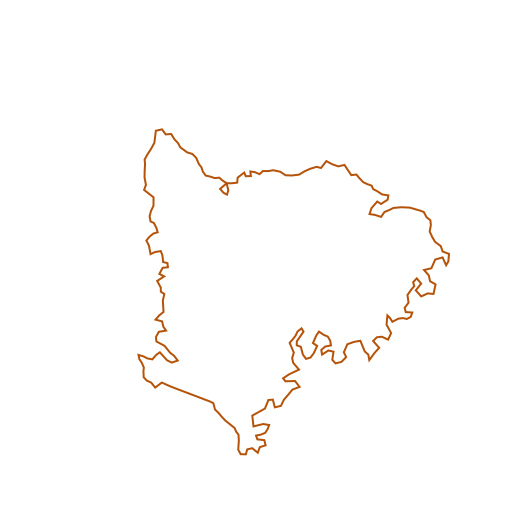 the district of Salto do Lontra, Paraná, Brazil, rotated 234°
{"feature_id": "56859067B29109491242959", "entity_name": "Salto do Lontra", "entity_type": "district", "adm_level": 2, "iso_a3": "BRA", "parent_name": "Brazil", "parent_adm1": "Paraná", "projection": "natural_earth1", "projection_center": [-53.296, -25.774], "detail": "fine", "context": "isolated", "style": "outline", "palette": "amber", "viewbox_px": 512, "rotation_deg": 234, "n_neighbors": 0, "source": "geoboundaries", "source_scale": "gbopen_adm2", "svg_char_len": 3445}
<svg xmlns="http://www.w3.org/2000/svg" viewBox="0 0 512 512"><g transform="rotate(234 256 256)"><path d="M208.8,97.1L209.0,105.4L201.6,109.6L196.9,112.6L165.4,133.2L162.0,135.0L155.9,132.6L150.8,133.5L145.9,133.8L140.7,134.5L129.4,137.6L125.7,136.7L121.7,136.8L116.6,133.5L109.8,127.8L104.7,127.1L101.5,131.2L104.7,135.2L102.7,140.0L95.8,141.8L99.1,146.7L97.2,152.5L102.1,154.5L106.9,149.3L110.7,150.5L108.7,154.7L107.5,159.5L109.1,163.6L111.5,167.3L115.9,163.0L119.6,153.8L129.1,159.2L127.3,173.5L132.2,181.4L129.9,185.2L122.5,182.3L120.1,188.1L123.3,194.0L124.7,200.0L126.5,206.9L124.5,214.3L131.9,214.1L137.3,206.2L141.1,206.0L140.8,213.5L138.8,224.0L147.7,223.3L152.1,225.2L155.6,229.8L166.0,232.2L166.9,236.5L168.3,241.2L170.5,245.3L170.7,250.3L166.9,250.0L163.0,238.9L159.8,236.5L156.2,238.9L148.7,236.0L143.4,236.0L141.8,240.3L143.4,245.6L147.3,252.6L152.1,250.9L156.4,258.4L157.8,262.5L152.3,264.5L148.7,266.7L143.9,266.3L139.6,264.1L142.1,258.6L141.6,253.6L137.4,251.5L137.0,259.0L133.0,262.5L127.2,256.7L122.4,257.2L120.1,262.9L121.2,269.5L126.5,270.5L130.9,278.1L128.9,284.8L126.1,290.6L114.9,287.9L110.2,288.9L105.2,286.5L107.9,294.9L109.3,301.7L118.4,300.8L119.2,306.0L116.7,310.4L110.7,313.7L114.2,320.0L123.8,321.3L130.7,327.4L127.1,327.9L122.6,327.7L121.6,334.4L119.4,338.4L116.4,341.0L115.8,345.4L118.4,349.2L122.6,344.2L126.7,345.8L128.6,352.0L135.4,355.6L137.6,362.0L138.6,366.3L142.4,367.7L143.4,372.9L136.6,373.4L134.3,365.1L126.2,365.9L124.8,372.9L121.0,377.3L127.5,384.6L133.3,382.0L138.8,384.4L145.9,383.7L143.0,390.7L147.8,398.9L145.2,406.1L136.8,404.4L138.6,408.5L144.3,413.4L149.9,409.6L155.4,411.3L162.1,409.2L167.7,409.7L173.7,410.9L178.2,415.6L182.4,418.1L187.1,416.8L193.1,417.6L197.0,414.9L204.8,408.8L210.2,402.0L214.1,395.4L214.9,390.6L216.1,385.8L214.1,380.2L219.3,376.4L223.2,372.5L226.8,377.5L228.8,386.1L224.6,387.7L224.2,395.6L227.2,398.7L231.7,394.2L237.1,392.2L241.3,390.1L245.0,390.9L248.7,388.3L252.8,386.1L258.3,385.4L262.9,385.1L265.4,380.6L277.7,381.1L280.2,375.2L285.6,371.5L291.4,368.7L289.0,360.3L292.5,357.5L294.7,351.1L295.9,345.5L296.5,338.7L299.9,332.6L303.9,327.4L310.0,325.1L315.3,320.3L317.5,315.8L320.7,311.5L320.1,307.0L324.6,304.3L327.7,301.1L323.7,298.8L326.6,294.6L330.4,295.5L330.2,287.2L326.4,283.9L328.8,279.6L332.1,275.0L337.3,273.1L340.9,272.4L343.3,268.4L347.7,265.2L350.6,262.6L355.5,262.6L359.8,264.0L363.7,263.8L370.6,265.3L376.0,264.5L380.3,261.2L384.5,259.9L388.4,258.6L393.0,259.3L398.5,258.6L404.5,259.1L407.5,254.4L413.7,254.4L416.2,248.6L407.3,240.3L404.3,234.0L401.8,227.4L399.5,222.6L395.5,220.2L390.1,215.8L384.9,211.9L378.3,208.8L375.2,204.3L369.7,205.9L363.7,207.6L356.9,202.6L354.2,197.6L350.7,193.3L346.0,191.0L342.7,192.8L337.2,191.9L333.0,190.4L334.5,186.1L334.2,181.2L333.0,176.4L327.3,175.5L319.5,171.8L318.6,176.6L315.9,181.9L311.2,180.5L305.7,177.3L302.3,180.2L298.7,178.1L301.3,173.5L298.3,167.3L293.5,169.7L293.9,161.4L286.4,160.4L283.0,158.0L279.1,159.5L274.8,154.5L265.1,148.3L264.8,142.6L263.6,137.3L258.3,141.6L253.3,139.5L248.5,139.4L251.8,132.8L249.2,127.4L245.4,125.2L237.1,129.2L228.0,129.7L223.4,131.1L217.4,131.2L219.3,125.2L224.0,122.7L229.8,122.1L234.6,121.6L234.6,116.9L233.3,111.4L236.9,108.0L241.0,105.9L245.0,102.8L241.4,101.1L236.5,100.8L231.7,99.7L228.8,97.1L224.0,93.9L219.4,94.4L215.2,96.8L208.8,97.1ZM332.1,275.0L325.4,272.2L322.7,268.6L326.2,266.9L331.4,266.4L332.1,275.0Z" fill="none" stroke="#b45309" stroke-width="2"/></g></svg>